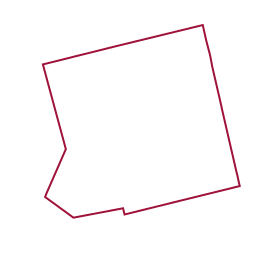 Lawrence, Pennsylvania, United States of America, rotated 167°
{"feature_id": "52423323B652834894573", "entity_name": "Lawrence", "entity_type": "district", "adm_level": 2, "iso_a3": "USA", "parent_name": "United States of America", "parent_adm1": "Pennsylvania", "projection": "orthographic", "projection_center": [-80.414, 40.99], "detail": "fine", "context": "isolated", "style": "outline", "palette": "rose", "viewbox_px": 256, "rotation_deg": 167, "n_neighbors": 0, "source": "geoboundaries", "source_scale": "gbopen_adm2", "svg_char_len": 521}
<svg xmlns="http://www.w3.org/2000/svg" viewBox="0 0 256 256"><g transform="rotate(167 128 128)"><path d="M224.3,79.4L201.3,52.9L150.9,50.9L150.8,44.5L93.4,45.4L93.1,45.4L32.2,46.3L32.2,51.8L32.1,58.2L32.2,60.9L32.2,67.0L32.2,72.2L32.2,76.5L32.2,78.4L32.2,78.9L32.2,84.6L32.2,112.5L32.2,124.5L32.1,129.4L32.1,169.4L31.7,178.1L31.7,180.7L31.7,181.7L31.7,181.9L31.7,182.2L32.1,195.7L32.0,211.5L121.7,210.4L196.6,209.1L195.9,189.9L193.3,121.4L222.6,82.0L224.3,79.4Z" fill="none" stroke="#9f1239" stroke-width="2"/></g></svg>